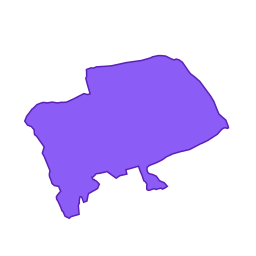 the district of Maghrib Ans, Dhamar, Yemen, rotated 250°
{"feature_id": "15242507B95174628891381", "entity_name": "Maghrib Ans", "entity_type": "district", "adm_level": 2, "iso_a3": "YEM", "parent_name": "Yemen", "parent_adm1": "Dhamar", "projection": "albers", "projection_center": [44.109, 14.465], "detail": "fine", "context": "isolated", "style": "filled", "palette": "violet", "viewbox_px": 256, "rotation_deg": 250, "n_neighbors": 0, "source": "geoboundaries", "source_scale": "gbopen_adm2", "svg_char_len": 2745}
<svg xmlns="http://www.w3.org/2000/svg" viewBox="0 0 256 256"><g transform="rotate(250 128 128)"><path d="M171.2,201.6L174.6,199.2L176.3,196.9L176.2,194.9L177.0,193.7L177.9,192.6L182.7,188.0L184.5,184.3L185.7,181.2L186.5,175.3L186.2,173.0L186.4,170.2L186.8,163.9L190.0,149.0L192.1,133.7L193.4,129.0L195.4,122.2L196.3,119.0L196.1,116.3L196.2,115.9L197.2,113.7L197.2,109.8L197.1,108.9L194.1,108.0L190.2,106.6L189.3,105.4L187.8,105.2L182.3,104.7L173.1,104.1L173.2,102.3L173.3,101.4L175.4,98.3L173.9,86.3L173.9,86.1L173.5,81.1L173.3,78.5L173.9,77.5L174.0,76.3L174.7,75.0L175.4,72.1L175.5,70.7L176.2,69.4L176.9,68.1L178.2,65.8L179.3,60.5L179.3,60.2L180.0,59.5L180.2,58.7L181.1,57.0L181.2,53.3L181.1,50.4L178.6,44.8L178.6,44.3L175.9,40.3L175.2,39.1L174.4,37.9L173.7,36.8L170.1,33.6L169.8,33.3L165.0,34.6L162.4,37.7L160.9,38.2L159.4,38.8L158.4,39.1L153.8,37.9L152.8,38.5L152.6,38.7L151.2,39.4L145.3,41.0L138.9,42.8L138.7,42.6L134.5,39.5L133.7,38.9L129.8,39.5L122.2,39.8L114.5,40.1L113.0,39.1L112.3,38.7L111.2,38.1L109.0,37.6L105.7,37.8L105.1,37.8L101.9,37.6L99.2,39.0L96.8,42.9L96.4,42.9L93.9,42.9L91.7,43.2L89.2,38.9L87.9,37.2L85.6,36.6L82.8,37.2L76.0,37.7L73.0,37.6L71.4,38.4L69.4,38.5L66.6,38.7L65.5,39.7L63.3,41.9L64.2,44.1L63.6,52.5L71.7,54.7L73.4,55.7L73.6,56.1L73.8,56.5L75.8,57.1L78.1,58.3L78.8,58.7L79.8,59.5L79.1,60.8L76.9,60.9L73.4,60.9L73.4,61.2L73.4,64.4L78.8,67.6L79.9,68.7L80.4,72.1L80.5,72.5L81.0,75.8L81.5,78.4L81.6,78.8L83.5,80.4L85.0,81.9L85.9,81.5L89.0,80.1L90.2,78.9L91.0,78.8L91.1,78.3L91.2,77.9L91.5,77.6L92.1,77.5L94.0,77.3L94.0,78.6L94.3,79.3L95.2,81.2L95.9,82.5L95.8,83.0L95.6,83.9L95.1,85.8L94.2,93.4L84.9,99.7L84.9,99.8L86.0,104.0L85.9,104.6L85.7,106.2L85.5,107.8L85.4,108.6L85.1,111.2L89.5,111.7L88.7,122.1L88.5,124.8L83.9,124.7L78.4,125.0L73.1,124.8L71.2,126.1L68.3,126.6L67.3,125.8L64.0,124.7L63.4,125.0L62.5,125.7L62.3,126.5L62.1,128.2L62.1,130.7L62.1,131.7L61.7,132.2L60.6,133.3L60.6,135.7L60.4,136.7L60.4,137.0L60.3,137.7L60.2,138.4L58.8,139.4L58.8,139.8L58.9,140.7L58.9,141.2L58.9,141.7L59.6,144.4L59.7,145.0L60.3,144.8L64.1,143.4L67.8,139.5L68.2,139.4L68.9,139.3L69.2,139.2L73.0,138.1L73.9,137.2L76.2,134.9L77.4,132.8L79.2,131.4L81.9,131.5L83.6,132.0L84.5,132.5L84.7,133.0L85.5,135.1L85.6,138.5L85.6,139.3L85.6,141.2L85.7,143.0L86.2,147.8L86.6,150.1L87.2,152.2L87.8,154.3L88.4,161.0L87.8,169.6L87.5,171.7L87.3,173.3L86.7,178.5L88.4,191.3L88.3,192.1L89.0,198.7L91.6,209.9L94.6,215.4L94.9,216.6L95.2,217.7L95.0,219.4L93.7,221.1L93.8,222.5L95.6,222.7L102.0,222.6L102.6,222.3L104.8,221.0L109.5,218.5L109.9,218.3L113.4,218.0L124.0,217.7L129.5,216.6L142.5,212.8L147.2,211.4L152.3,208.6L157.9,205.1L164.1,203.4L164.3,203.4L166.1,202.9L168.1,202.4L171.2,201.6Z" fill="#8b5cf6" stroke="#5b21b6" stroke-width="1.5"/></g></svg>